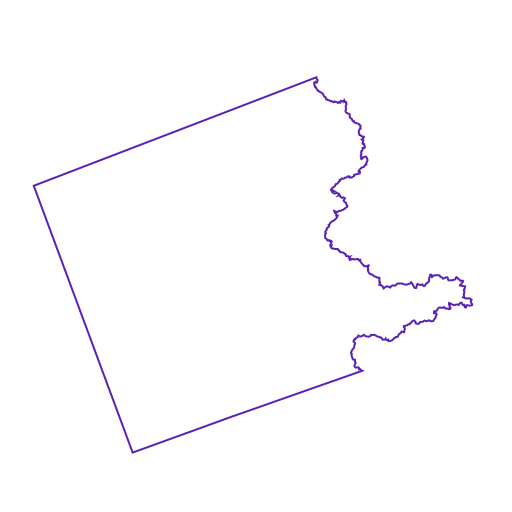 Río Senguer, Chubut, Argentina, rotated 159°
{"feature_id": "61730980B47831130528254", "entity_name": "Río Senguer", "entity_type": "district", "adm_level": 2, "iso_a3": "ARG", "parent_name": "Argentina", "parent_adm1": "Chubut", "projection": "mercator", "projection_center": [-71.319, -45.327], "detail": "fine", "context": "isolated", "style": "outline", "palette": "violet", "viewbox_px": 512, "rotation_deg": 159, "n_neighbors": 0, "source": "geoboundaries", "source_scale": "gbopen_adm2", "svg_char_len": 6085}
<svg xmlns="http://www.w3.org/2000/svg" viewBox="0 0 512 512"><g transform="rotate(159 256 256)"><path d="M198.0,110.8L198.7,111.5L199.4,113.1L200.4,113.4L200.0,114.5L200.4,115.4L203.0,116.1L203.6,117.4L203.5,118.2L201.4,120.4L201.3,120.9L201.6,121.3L200.8,123.7L202.3,124.4L202.6,125.5L202.4,129.3L201.6,130.1L202.1,131.2L201.7,132.0L199.8,133.9L197.2,135.4L196.1,137.5L194.8,138.9L194.8,139.6L195.6,141.0L195.3,141.9L194.6,142.4L193.6,142.5L193.6,143.1L189.3,144.1L189.0,145.0L187.1,143.3L185.5,143.3L183.5,143.8L183.1,142.8L182.0,141.5L179.3,140.1L177.9,140.3L176.8,141.2L175.3,140.4L173.5,139.9L171.4,137.1L170.0,136.5L169.6,135.6L168.7,135.3L168.1,134.4L167.9,132.9L167.4,132.3L165.4,131.8L164.7,132.3L164.8,131.7L164.1,130.8L162.7,130.6L163.1,129.8L162.7,129.1L161.4,128.6L159.2,128.5L156.6,129.7L155.7,129.6L154.5,130.3L152.7,129.8L150.4,131.8L148.8,132.1L147.8,132.7L147.3,133.3L145.1,131.8L143.0,135.0L142.9,135.7L143.5,136.5L143.0,137.6L139.7,137.1L138.3,137.7L137.5,137.3L136.3,137.6L136.0,138.1L134.9,138.2L133.6,139.1L132.2,139.3L131.4,139.2L130.8,137.6L131.0,136.0L129.1,134.5L128.3,134.4L126.4,135.6L124.4,134.9L121.7,135.3L121.3,134.8L119.9,133.9L117.6,134.0L116.2,132.4L114.0,131.8L110.4,134.2L109.5,135.7L108.2,136.7L108.4,138.1L110.3,138.8L109.6,140.5L107.3,140.1L104.1,142.2L102.9,142.1L100.7,140.8L98.9,141.0L97.9,139.0L96.7,138.7L94.6,137.0L93.3,137.3L93.0,137.7L93.6,139.2L92.8,140.4L93.2,141.6L92.6,142.9L91.3,141.8L89.9,140.1L88.2,139.0L86.8,139.0L85.0,138.4L84.3,137.7L82.5,138.9L81.5,139.1L80.6,138.3L80.8,137.3L80.4,136.2L79.1,135.9L79.5,133.5L78.9,132.8L78.3,132.8L77.3,134.4L76.7,134.6L74.8,133.3L72.9,132.7L71.9,132.7L71.5,133.5L71.9,136.1L71.6,137.0L70.4,137.9L71.7,139.7L73.1,140.6L74.6,140.7L77.5,143.2L76.1,143.9L76.0,145.3L75.3,145.9L75.3,146.5L74.2,148.0L74.3,148.9L74.1,149.9L72.9,150.7L71.7,152.7L76.1,155.3L75.8,155.8L74.4,156.3L71.8,158.0L71.6,158.4L72.1,159.0L74.0,159.5L74.4,160.8L75.2,161.7L75.6,163.4L76.5,164.4L77.1,164.3L77.8,163.2L78.7,162.8L81.8,163.1L84.8,164.2L85.0,164.3L85.1,165.9L84.8,167.2L85.1,167.6L85.6,167.9L89.5,167.8L90.4,169.9L91.4,170.5L91.6,172.1L93.0,172.9L95.2,173.7L97.9,174.0L98.5,174.7L98.8,173.4L99.3,173.3L99.1,174.6L99.4,175.9L99.8,176.1L100.3,175.9L100.7,175.0L102.1,173.6L103.7,170.3L105.4,169.5L107.2,169.2L109.3,167.6L110.5,168.1L110.9,169.9L111.9,169.8L113.4,170.3L115.3,172.0L116.2,171.3L117.8,168.8L119.0,169.1L119.5,169.9L120.2,175.1L120.7,175.9L121.7,175.2L125.4,175.2L127.6,176.2L129.9,178.3L131.1,178.5L133.6,179.6L136.9,178.4L138.6,179.5L140.3,179.5L142.0,178.5L143.2,179.9L144.9,180.7L145.7,180.8L148.5,180.0L148.7,182.4L149.5,183.8L151.2,184.9L150.9,185.6L149.5,186.7L149.5,187.1L150.1,187.8L148.6,191.2L148.7,191.6L150.5,192.3L151.6,193.7L152.8,194.6L154.4,197.3L155.7,197.9L156.4,199.2L156.6,200.3L156.8,201.4L156.5,202.2L156.7,202.8L155.9,203.5L155.9,204.7L155.5,205.6L154.6,206.4L153.4,207.0L156.9,206.8L158.8,208.0L158.9,209.0L159.6,210.2L160.6,213.7L160.2,215.0L159.4,215.8L160.7,214.8L161.1,214.9L162.0,215.8L162.0,216.8L165.7,217.6L166.5,218.5L169.9,218.7L169.9,218.9L168.7,219.7L169.8,220.6L169.6,221.3L168.8,221.7L169.7,221.8L169.9,222.7L171.6,223.5L171.9,224.3L171.6,225.5L172.6,226.2L172.8,227.3L173.8,228.3L175.9,229.3L176.0,230.2L176.4,230.7L176.3,231.0L177.0,231.7L176.8,232.3L177.2,233.3L180.0,234.3L181.5,235.6L182.2,235.7L182.8,236.7L182.4,238.2L182.0,238.6L183.0,238.5L183.0,238.9L182.4,239.2L182.5,239.7L181.3,241.5L180.7,242.1L180.3,242.0L180.1,242.4L180.6,243.4L181.9,243.6L182.1,244.7L183.4,244.6L183.9,245.6L184.0,246.6L184.8,247.7L184.7,248.7L184.0,250.9L183.3,251.8L182.5,252.3L182.8,253.5L182.3,254.1L180.6,255.1L180.2,256.4L177.4,257.3L176.9,257.9L177.0,259.0L176.1,259.1L174.8,260.3L172.2,261.2L170.6,261.1L166.8,262.8L166.4,263.5L165.6,264.0L165.2,264.4L166.6,265.1L166.0,266.2L166.9,268.4L166.8,270.0L164.5,267.9L162.3,268.3L160.7,267.9L157.6,268.0L153.0,269.4L152.8,270.1L153.1,272.4L152.9,273.2L154.1,275.0L154.1,275.7L154.3,276.4L152.3,278.1L153.3,279.4L154.9,279.5L155.9,280.8L155.9,282.2L156.1,282.7L157.5,282.9L156.1,283.6L156.2,284.1L157.2,285.3L157.9,285.7L158.3,286.3L159.9,286.0L161.2,287.0L162.0,288.7L160.8,289.2L160.1,288.9L160.7,289.7L162.3,290.8L162.2,291.2L159.8,292.4L157.5,292.9L155.7,294.5L155.0,294.3L153.5,294.6L152.5,295.5L151.1,295.8L150.7,297.0L149.8,296.8L148.4,297.7L147.5,297.1L146.1,296.8L144.7,297.3L143.6,296.9L141.3,297.4L140.4,296.9L140.6,296.0L140.4,295.5L139.5,295.6L138.7,295.0L136.0,295.4L135.5,295.9L135.5,296.5L135.3,296.6L130.5,296.1L129.8,295.8L128.8,297.1L129.9,298.2L129.8,298.6L126.7,300.3L125.1,300.7L123.5,300.5L122.0,301.6L120.4,301.7L120.2,302.0L120.2,302.8L119.2,303.5L118.8,304.3L118.1,304.8L117.5,305.6L117.4,307.0L117.6,307.7L117.4,308.3L117.6,309.2L119.0,309.7L120.7,309.7L121.4,308.9L122.8,308.6L123.1,309.3L121.9,310.2L122.4,311.0L122.4,312.0L121.5,312.7L121.4,313.4L120.8,313.9L120.7,315.2L119.8,316.4L119.0,316.3L117.9,318.0L117.8,318.6L116.1,317.9L115.1,318.9L115.4,320.6L114.9,321.6L115.2,322.1L115.9,322.1L116.2,323.1L115.1,324.2L115.1,325.3L114.4,325.7L115.2,326.8L114.4,326.7L113.8,327.6L112.6,328.3L112.6,328.7L114.2,329.6L115.2,331.3L116.0,331.8L115.7,334.7L115.0,336.3L113.4,337.5L112.7,337.4L112.4,338.3L112.3,339.5L111.7,340.0L111.8,340.5L112.7,341.9L112.7,342.5L116.3,345.4L116.3,346.8L117.0,346.9L117.5,348.1L117.3,349.4L118.8,351.4L117.8,355.0L119.9,356.9L120.6,358.2L120.5,359.4L119.5,360.6L119.0,361.8L118.8,363.3L117.0,365.5L117.1,366.5L116.7,367.3L117.5,367.8L117.7,368.9L118.0,368.3L118.6,368.3L118.7,369.6L120.4,369.4L121.1,370.3L121.6,369.7L122.2,369.7L122.7,369.0L123.1,369.3L123.2,369.9L124.7,369.5L125.6,370.9L127.0,371.6L127.3,372.2L128.6,371.9L130.1,373.6L130.9,373.7L131.5,374.8L133.1,375.9L133.9,377.3L134.3,377.3L134.1,378.9L135.2,380.5L135.4,383.1L136.0,384.7L137.2,385.7L138.1,387.2L138.7,387.5L139.0,389.1L139.5,389.7L139.6,391.5L140.1,392.4L139.9,392.8L140.4,393.2L140.1,394.0L140.1,395.9L139.5,396.9L138.2,397.4L137.6,396.1L137.3,396.0L135.4,398.0L135.8,399.7L135.5,401.2L438.3,401.2L441.6,116.7L336.2,114.7L198.0,110.8Z" fill="none" stroke="#5b21b6" stroke-width="2"/></g></svg>